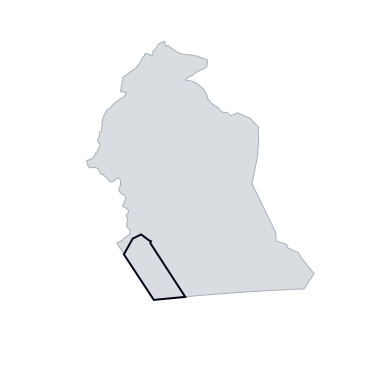 Am-Djarass, Ennedi, Chad (highlighted), rotated 147°
{"feature_id": "50815135B96833037498211", "entity_name": "Am-Djarass", "entity_type": "district", "adm_level": 2, "iso_a3": "TCD", "parent_name": "Chad", "parent_adm1": "Ennedi", "projection": "orthographic", "projection_center": [22.869, 18.153], "detail": "fine", "context": "in_parent", "style": "outline", "palette": "ink", "viewbox_px": 384, "rotation_deg": 147, "n_neighbors": 0, "source": "geoboundaries", "source_scale": "gbopen_adm2", "svg_char_len": 3803}
<svg xmlns="http://www.w3.org/2000/svg" viewBox="0 0 384 384"><g transform="rotate(147 192 192)"><path d="M282.4,122.4L282.5,130.4L282.5,138.3L282.6,146.3L282.7,154.3L282.7,162.3L282.8,170.3L282.8,178.3L282.9,186.3L282.9,188.9L282.7,190.0L282.2,190.3L278.1,189.6L276.3,189.6L273.8,190.2L270.1,190.5L267.7,190.4L266.1,191.8L264.8,193.4L265.4,197.4L265.3,198.7L264.8,200.1L263.6,201.2L262.5,202.2L261.8,203.0L261.0,204.8L260.4,205.6L260.4,206.7L260.2,207.9L259.6,208.5L257.8,209.0L256.7,209.5L255.8,210.4L255.2,211.0L255.5,211.8L256.0,212.9L256.2,214.7L256.4,215.7L257.2,216.6L257.7,217.2L257.9,217.9L257.4,218.5L255.3,219.8L254.5,220.3L253.5,221.0L253.1,221.2L251.6,222.4L250.8,223.5L250.4,224.4L250.4,225.6L251.2,227.5L252.1,229.1L252.4,230.2L252.6,231.5L252.5,232.8L252.0,233.9L251.3,234.8L248.3,236.6L246.9,238.6L245.7,241.0L245.4,242.4L245.7,243.3L246.3,244.0L247.2,244.4L248.5,244.5L250.6,244.1L252.6,243.8L254.6,244.7L255.7,246.8L255.3,248.3L256.1,250.9L256.8,254.2L256.7,255.3L257.0,255.7L258.3,255.9L258.6,256.7L258.2,262.4L258.8,264.0L259.7,265.1L260.6,265.7L261.6,266.5L262.2,267.0L263.3,267.1L264.6,268.2L265.0,269.6L264.9,270.9L264.1,273.8L263.5,275.7L262.8,275.6L261.2,275.1L259.4,274.7L257.1,274.4L254.9,275.2L252.5,276.2L251.8,276.9L251.1,277.4L250.1,277.3L249.1,277.4L248.6,278.1L247.7,279.0L244.3,280.6L243.6,281.2L243.2,281.8L243.2,282.5L243.5,283.8L243.5,285.5L242.8,286.9L241.9,287.8L240.9,288.1L240.0,288.3L239.5,288.9L237.7,291.9L236.9,292.5L235.3,292.4L230.8,297.0L230.4,298.3L228.7,300.3L226.6,302.4L224.8,303.4L224.6,303.8L224.1,304.2L223.0,304.7L219.0,307.2L214.2,307.0L212.1,308.0L210.1,308.5L207.1,308.9L206.2,308.9L202.3,309.0L197.8,308.8L196.1,309.2L194.5,310.1L193.3,311.0L193.1,311.3L193.3,311.6L193.2,311.9L196.3,314.1L197.1,315.2L196.3,316.2L195.9,316.3L195.4,317.2L193.5,319.5L190.6,322.3L189.2,323.1L188.6,323.6L187.9,325.5L187.4,325.7L185.4,325.9L181.6,326.0L176.3,326.5L173.2,326.6L171.2,326.4L168.4,327.6L167.4,327.9L166.8,328.0L164.0,329.2L161.7,331.1L160.9,331.4L157.7,332.2L156.4,333.5L155.8,333.6L153.8,331.7L152.4,330.1L151.7,328.4L151.7,327.9L151.3,328.0L150.1,328.6L149.2,329.4L148.7,331.0L145.3,331.9L142.5,332.7L141.2,333.8L139.2,334.3L136.7,334.0L134.7,333.4L132.8,333.2L133.7,331.8L134.1,330.8L134.2,329.5L134.1,328.6L133.0,328.1L132.2,327.4L130.7,323.2L129.0,319.0L126.7,314.7L124.2,312.0L122.3,310.3L121.7,310.0L120.8,309.5L120.1,309.0L116.7,306.0L113.2,302.7L112.4,301.2L110.6,299.0L108.7,296.6L107.7,295.6L107.3,293.7L108.7,292.2L110.2,290.2L112.0,288.9L114.4,288.9L118.2,289.6L122.4,290.0L126.5,289.8L127.6,289.5L128.6,289.6L130.8,290.1L134.7,290.2L136.7,289.4L134.6,287.9L132.3,285.5L130.2,283.0L129.0,280.7L127.9,277.7L126.8,274.0L126.3,269.4L126.5,266.7L126.8,264.8L128.1,261.8L127.4,260.0L127.6,258.5L127.5,256.4L127.2,255.3L125.8,251.6L125.5,251.2L124.3,248.7L123.8,244.5L122.4,241.7L120.1,240.3L118.8,238.6L118.4,235.7L117.4,234.9L113.7,233.8L110.6,233.6L108.5,230.3L105.7,226.0L103.1,222.1L101.7,214.3L100.9,209.8L102.1,208.6L104.4,205.6L107.5,199.7L114.2,190.7L117.6,186.1L124.4,179.3L132.6,171.0L137.3,166.2L138.3,157.3L139.4,147.9L140.3,140.8L141.4,132.3L142.2,125.2L142.9,120.1L143.8,112.8L144.4,111.4L147.7,105.8L147.9,105.0L147.4,104.1L143.3,99.0L142.0,97.9L141.3,95.3L142.5,93.9L137.7,85.5L136.4,84.5L135.9,83.5L135.9,82.0L136.1,76.3L135.2,67.4L134.0,57.0L140.1,54.4L144.8,52.3L150.8,49.7L156.0,52.8L163.7,57.3L171.4,61.8L179.1,66.2L186.9,70.7L194.7,75.1L202.5,79.5L210.4,83.8L218.3,88.2L226.2,92.5L234.2,96.9L242.1,101.2L250.2,105.4L258.2,109.7L266.2,113.9L274.3,118.2L282.4,122.4Z" fill="#d9dde1" stroke="#a8b0b8" stroke-width="1"/><path d="M283.1,176.8L283.1,176.1L282.8,122.3L254.8,107.7L254.8,171.5L254.4,172.3L253.3,173.0L254.4,174.9L257.8,184.1L267.1,185.2L283.1,176.8Z" fill="none" stroke="#020617" stroke-width="2"/></g></svg>